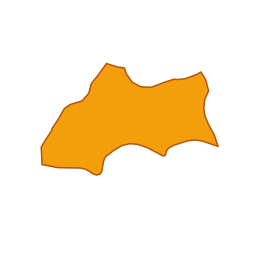 an SVG outline of Bijelo Polje, rotated 146°
{"feature_id": "MNE-1510", "entity_name": "Bijelo Polje", "entity_type": "Municipality", "adm_level": 1, "iso_a3": "MNE", "parent_name": "Montenegro", "parent_adm1": "", "projection": "orthographic", "projection_center": [19.735, 43.063], "detail": "fine", "context": "isolated", "style": "filled", "palette": "amber", "viewbox_px": 256, "rotation_deg": 146, "n_neighbors": 0, "source": "natural_earth", "source_scale": "10m", "svg_char_len": 840}
<svg xmlns="http://www.w3.org/2000/svg" viewBox="0 0 256 256"><g transform="rotate(146 128 128)"><path d="M63.6,62.5L64.2,63.1L73.7,75.6L79.0,80.5L85.3,83.8L98.9,87.9L105.5,88.7L109.4,87.2L111.9,84.7L114.4,85.0L123.3,101.4L129.0,108.9L135.3,114.0L142.5,116.8L152.7,117.4L163.1,116.6L166.6,114.3L173.8,106.9L176.7,105.3L180.5,106.6L182.8,110.0L184.6,114.3L186.9,118.4L190.0,121.5L208.5,134.5L219.1,145.1L219.7,145.7L210.7,160.6L202.8,164.4L193.3,168.3L190.5,170.4L181.5,174.0L170.0,179.7L162.7,179.8L150.8,176.1L141.0,178.8L133.4,185.4L123.6,188.4L109.8,193.5L102.7,184.6L97.3,179.7L99.2,174.1L98.9,163.5L94.3,155.0L86.1,148.8L72.1,145.5L62.5,142.7L60.2,140.7L53.2,137.0L41.4,134.0L36.3,133.6L36.5,125.1L40.4,113.7L48.7,108.5L54.2,101.9L57.6,94.6L59.4,85.1L60.3,74.2L63.6,62.5Z" fill="#f59e0b" stroke="#b45309" stroke-width="1.5"/></g></svg>